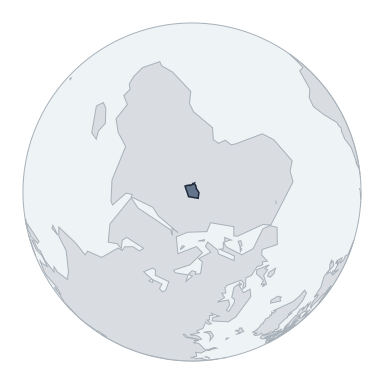 globe centered on Ennedi, rotated 162°
{"feature_id": "TCD-5579", "entity_name": "Ennedi", "entity_type": "Préfecture", "adm_level": 1, "iso_a3": "TCD", "parent_name": "Chad", "parent_adm1": "", "projection": "orthographic", "projection_center": [22.297, 18.351], "detail": "fine", "context": "on_globe", "style": "filled", "palette": "slate", "viewbox_px": 384, "rotation_deg": 162, "n_neighbors": 0, "source": "natural_earth", "source_scale": "10m", "svg_char_len": 9821}
<svg xmlns="http://www.w3.org/2000/svg" viewBox="0 0 384 384"><g transform="rotate(162 192 192)"><circle cx="192" cy="192" r="169" fill="#eef3f6" stroke="#a8b0b8"/><path d="M166.8,24.9L164.1,25.4L143.1,30.5L145.2,30.1L138.6,32.4L138.5,33.0L134.6,34.3L138.0,33.7L141.6,32.5L144.2,32.0L144.5,32.3L139.6,33.8L138.7,33.9L137.5,34.6L134.9,35.2L136.3,35.1L130.3,37.2L136.7,35.8L132.2,38.1L128.1,39.4L128.1,38.3L118.5,40.3L114.3,42.2L108.5,45.3L98.6,52.7L94.2,55.5L88.5,60.0L91.1,58.6L96.5,54.7L99.9,53.7L106.0,49.7L108.3,48.9L114.8,45.5L114.3,47.2L110.3,50.8L104.9,53.8L103.0,55.7L108.5,54.1L98.8,61.6L93.1,70.1L90.6,72.2L84.9,73.3L83.9,69.5L76.6,72.9L81.8,72.1L75.3,78.3L74.4,80.1L75.1,80.9L77.7,79.2L75.6,81.9L69.6,83.1L71.5,80.7L73.3,80.2L72.8,78.7L68.8,80.5L65.8,83.9L62.8,84.4L60.7,87.0L58.8,88.9L62.5,84.5L55.9,92.7L52.8,96.3L60.3,86.2L68.5,76.7L77.4,67.8L87.0,59.6L97.1,52.2L107.8,45.5L118.9,39.7L130.4,34.7L142.3,30.5L154.5,27.3L166.8,24.9ZM27.4,153.8L27.1,155.0L27.4,153.8ZM26.0,160.7L27.0,156.2L25.9,162.2L26.8,167.5L26.3,169.1L26.8,185.0L30.3,195.2L31.1,203.3L30.4,206.9L32.3,210.1L32.4,212.9L42.6,224.8L50.1,235.7L51.4,245.4L48.1,253.4L52.1,274.1L48.0,276.0L51.7,284.0L56.7,293.1L56.1,292.4L49.0,281.9L42.7,271.0L37.2,259.6L32.5,247.9L28.8,235.8L26.0,223.5L24.1,211.0L23.2,198.4L23.2,185.8L24.1,173.2L26.0,160.7ZM35.1,129.4L34.5,130.8L34.6,130.5L35.1,129.4ZM114.6,44.9L114.7,45.2L113.5,45.7L114.6,44.9ZM117.4,43.3L115.9,43.6L117.0,42.9L117.9,42.7L117.4,43.3ZM119.0,43.1L119.1,41.7L121.0,40.5L126.0,39.0L119.0,43.1ZM142.6,32.0L138.8,33.3L141.6,31.9L142.6,32.0ZM143.7,31.3L148.7,28.8L154.5,27.5L151.7,28.4L158.9,26.7L159.2,27.1L155.3,28.2L151.5,28.9L154.6,28.6L143.7,31.3ZM211.8,24.2L212.2,24.3L210.4,24.1L211.8,24.2ZM145.5,31.7L146.0,31.1L151.0,29.8L150.9,30.7L149.3,30.8L145.5,31.7ZM160.6,26.1L164.3,25.5L165.6,25.7L167.2,25.5L159.7,27.0L160.6,26.1ZM148.4,31.3L150.8,31.2L148.7,32.2L145.4,32.1L148.4,31.3ZM152.4,29.2L154.7,28.7L153.4,29.2L152.4,29.2ZM142.7,36.4L143.2,35.5L145.8,34.7L142.7,36.4ZM151.8,31.1L152.5,30.8L153.6,30.4L154.7,30.6L151.8,31.1ZM161.2,27.2L160.9,27.5L164.3,26.5L165.4,26.9L160.2,27.9L162.9,27.6L163.3,27.8L158.6,28.5L161.2,27.2ZM159.2,29.9L152.9,31.8L151.4,33.5L149.0,34.2L151.9,31.4L159.2,29.9ZM159.3,29.0L158.7,29.7L156.0,30.0L154.7,29.8L159.3,29.0ZM168.0,26.8L167.7,26.0L168.8,25.8L168.0,26.8ZM159.3,30.3L160.8,29.8L159.5,30.4L159.3,30.3ZM165.9,27.7L165.7,27.4L167.0,27.2L165.9,27.7ZM164.0,29.4L162.0,29.9L161.1,29.7L164.0,29.4ZM165.3,28.5L167.2,28.4L162.0,29.3L165.0,28.4L165.3,28.5ZM167.2,27.6L167.9,27.4L167.2,27.8L167.2,27.6ZM168.7,30.1L162.3,31.3L160.3,30.8L166.7,29.6L168.7,30.1ZM263.9,39.1L267.3,40.8L281.9,49.2L279.7,47.6L292.2,56.0L303.9,65.4L314.7,75.9L317.3,78.7L318.2,79.7L322.7,85.0L321.8,84.0L318.9,80.6L322.0,85.0L317.9,80.4L322.3,86.5L325.2,89.6L324.1,87.1L329.6,95.0L333.7,100.2L338.9,108.5L347.5,126.8L349.3,134.8L350.3,137.9L348.6,135.9L350.0,143.4L356.1,157.4L357.2,162.4L357.8,174.6L357.1,171.0L352.6,165.8L354.4,178.1L357.9,185.1L359.2,195.8L357.7,194.3L356.1,185.1L354.5,183.0L353.0,172.4L348.0,158.6L346.3,163.6L344.7,157.5L337.6,147.4L334.1,154.4L329.8,175.2L332.3,191.2L329.5,199.8L318.6,179.8L313.1,165.2L309.6,168.0L298.1,157.7L279.5,161.6L276.5,158.0L273.1,160.7L264.9,158.1L260.2,152.1L255.4,153.4L268.0,169.0L273.1,167.8L276.8,160.2L279.4,166.1L287.2,170.2L279.8,187.1L251.6,205.3L248.3,193.5L223.9,162.4L224.3,158.6L224.1,158.2L223.8,157.5L222.2,163.7L217.8,157.6L231.4,179.7L233.9,189.5L251.2,206.1L249.7,208.2L255.1,211.3L271.6,204.2L271.9,208.2L264.4,228.1L241.0,255.8L243.8,271.6L241.6,285.1L226.4,295.2L227.1,304.8L219.2,308.8L218.3,314.1L211.5,320.0L200.5,325.6L182.4,325.9L181.8,321.3L173.4,312.0L162.1,288.1L167.1,276.9L165.7,267.8L152.6,246.8L155.5,235.3L151.8,230.1L144.4,231.0L140.2,224.8L135.6,224.3L107.1,225.6L98.2,216.6L87.1,190.7L92.2,181.8L92.8,170.4L127.2,136.3L134.8,139.2L162.3,135.9L165.8,137.4L162.9,146.1L183.8,157.0L190.1,149.7L208.7,155.1L220.8,154.2L224.5,137.7L204.6,138.7L200.8,131.0L216.4,123.4L233.7,123.3L232.8,120.3L221.5,114.4L225.2,108.8L217.6,112.0L220.9,114.8L216.3,117.1L212.9,114.8L214.4,112.7L209.1,111.7L203.7,122.5L206.4,126.5L192.7,129.0L196.1,136.1L192.5,139.6L185.5,128.9L185.9,124.9L173.2,113.8L171.5,118.1L183.4,129.1L179.8,128.3L177.6,135.0L176.5,129.2L164.0,116.9L151.4,119.2L135.9,135.1L128.5,136.0L122.0,132.2L127.1,115.7L143.2,115.6L145.2,110.5L141.6,102.9L146.7,103.8L147.2,100.9L153.3,100.8L161.3,94.2L167.4,93.7L170.2,85.4L173.7,84.2L171.0,89.3L172.4,92.9L187.5,92.5L190.3,90.7L190.9,85.5L194.9,86.4L193.6,81.5L202.0,79.5L190.6,78.1L191.0,72.9L195.8,68.9L193.9,67.1L186.0,73.7L184.7,76.7L186.8,79.5L181.5,88.4L176.4,89.9L174.2,80.3L166.8,81.7L168.4,74.3L188.8,59.8L197.6,57.3L212.8,63.2L211.0,66.3L204.7,65.5L210.9,70.7L210.2,68.1L213.6,69.1L214.8,64.9L217.3,65.5L214.3,60.8L217.4,61.1L219.3,64.0L223.8,58.8L230.2,58.6L230.0,57.2L228.0,55.8L237.5,56.9L237.0,55.9L233.7,55.1L230.4,52.7L228.4,49.1L231.8,49.6L233.0,51.0L240.6,55.1L243.2,59.2L244.4,59.1L242.9,55.7L233.7,50.7L231.5,48.4L236.2,50.3L234.3,49.4L234.3,48.5L237.5,48.2L232.4,46.0L227.7,36.9L233.3,36.1L238.0,38.4L238.2,34.4L244.6,34.9L241.5,34.0L239.6,32.1L237.5,31.9L235.9,31.4L230.0,27.8L231.2,27.8L225.2,26.3L223.6,26.0L222.3,25.8L218.7,25.2L230.3,27.4L241.8,30.5L253.0,34.4L263.9,39.1ZM115.8,154.6L115.0,157.9L115.0,158.0L115.8,154.6ZM252.6,131.8L262.6,131.1L257.1,121.7L260.5,120.8L257.3,118.1L256.6,121.0L248.9,113.6L252.8,110.3L251.1,106.3L247.6,106.4L241.7,113.9L252.7,124.2L250.9,128.6L252.6,131.8ZM26.9,167.5L26.8,170.0L26.5,169.2L26.9,167.5ZM31.8,141.6L31.6,143.7L31.3,143.0L31.8,141.6ZM32.7,135.8L32.5,136.6L33.9,132.6L31.9,140.3L31.3,140.2L32.5,136.3L32.7,135.8ZM43.3,111.8L42.9,112.5L42.9,112.4L43.3,111.8ZM75.7,78.2L76.1,78.2L76.1,79.4L75.0,79.8L75.7,78.2ZM83.4,80.3L79.8,84.6L81.5,81.6L79.2,82.7L79.9,78.2L89.4,73.0L84.9,76.0L83.4,80.3ZM83.5,71.3L82.0,74.4L83.3,71.3L83.5,71.3ZM143.9,86.8L146.1,88.6L143.9,91.7L136.2,93.7L139.2,89.1L143.9,86.8ZM149.6,90.6L149.6,81.3L154.4,80.1L151.7,82.2L154.9,82.4L151.4,86.0L156.0,94.5L154.4,98.0L141.1,98.9L146.3,96.5L143.9,94.7L149.6,90.6ZM141.2,63.9L141.3,61.0L151.6,62.0L150.3,64.6L142.6,66.4L139.5,64.4L141.2,63.9ZM127.7,41.2L127.1,40.9L128.5,40.4L130.1,40.2L127.7,41.2ZM142.7,36.1L132.0,42.3L130.7,42.2L126.0,46.7L120.7,48.1L124.0,45.1L116.4,49.9L117.3,47.7L112.5,51.2L120.3,44.2L120.8,42.9L122.2,43.7L127.0,42.3L129.2,41.3L135.8,37.6L139.1,34.5L144.4,33.1L147.2,32.9L147.2,33.4L143.8,34.1L146.3,34.3L141.3,35.7L142.7,36.1ZM177.4,37.8L173.4,37.3L177.5,40.1L172.6,40.7L173.4,41.0L169.9,42.4L167.2,44.8L164.9,44.8L164.8,45.8L162.5,47.0L161.6,48.4L157.2,49.0L155.7,50.9L154.4,50.2L153.1,53.3L152.1,51.4L149.1,53.0L151.6,54.0L130.0,56.5L121.7,59.8L115.2,63.9L114.4,60.6L119.9,54.9L128.4,49.1L136.5,46.7L134.6,45.9L138.0,44.6L138.1,45.7L140.0,43.2L142.7,42.6L150.3,38.8L151.3,36.2L154.1,35.0L155.1,35.7L157.2,34.0L160.9,34.7L163.0,34.0L168.8,34.1L169.5,36.4L171.8,35.4L176.2,35.8L177.4,37.8ZM170.2,30.2L172.2,32.2L170.4,33.7L161.1,32.8L158.7,33.4L152.6,33.4L155.3,31.5L156.8,31.6L158.8,31.3L157.2,32.0L160.1,31.2L162.2,31.5L165.0,31.0L164.9,31.7L170.2,30.2ZM169.5,134.2L172.2,134.6L176.3,134.3L175.0,138.7L169.5,134.2ZM160.8,125.9L163.2,125.3L163.4,130.9L160.6,130.7L160.8,125.9ZM164.4,120.5L163.3,124.9L162.3,122.4L164.4,120.5ZM173.2,88.7L175.8,88.1L176.1,89.3L174.7,91.1L173.2,88.7ZM188.5,48.0L186.5,47.0L187.2,46.5L185.8,43.6L189.3,43.2L191.6,44.8L188.5,48.0ZM221.2,140.7L217.8,144.0L215.9,142.6L217.5,141.8L221.2,140.7ZM195.4,141.6L201.3,143.5L194.9,142.8L195.4,141.6ZM192.1,47.0L191.1,45.8L193.5,46.4L192.1,47.0ZM191.8,42.8L194.6,43.2L189.6,42.8L191.8,42.8ZM273.2,336.5L273.2,337.4L271.1,338.1L273.2,336.5ZM269.0,279.4L256.3,303.4L248.7,304.5L248.0,298.3L253.2,284.1L262.2,278.9L266.8,271.8L269.0,279.4ZM359.2,216.4L359.0,217.4L358.5,217.5L359.1,214.2L359.8,211.8L359.2,216.4ZM359.0,214.3L357.7,209.9L352.8,192.2L354.7,190.9L359.1,199.5L358.9,202.2L359.7,206.3L359.0,214.3ZM360.7,202.0L360.7,193.9L360.7,188.8L360.8,187.9L360.5,179.8L360.7,202.0ZM333.0,192.5L336.4,200.8L334.6,203.3L333.0,192.5ZM352.0,142.4L351.9,144.3L351.1,142.0L350.6,138.3L352.0,142.4ZM346.1,122.7L345.4,121.3L343.5,117.2L346.1,122.7ZM220.9,45.1L219.0,49.2L220.0,52.7L224.2,55.0L217.4,53.8L215.9,48.5L220.9,45.1ZM226.5,37.7L222.7,36.1L224.8,36.0L226.0,36.3L226.5,37.7ZM223.9,37.3L218.4,37.1L216.7,35.8L221.3,36.2L223.9,37.3ZM205.3,41.2L204.5,42.4L202.6,41.8L205.3,41.2ZM213.9,24.5L212.3,24.3L213.0,24.4L213.9,24.5ZM234.9,31.3L232.8,30.6L233.7,30.5L234.9,31.3ZM227.5,28.8L227.9,29.4L226.1,28.5L227.5,28.8ZM229.1,30.9L227.4,29.5L231.1,31.3L229.1,30.9Z" fill="#d9dde1" stroke="#a8b0b8" stroke-width="1"/><path d="M188.1,184.1L188.5,184.3L188.8,184.5L189.2,184.7L189.5,184.8L189.8,185.0L190.2,185.2L190.5,185.4L190.9,185.6L191.2,185.7L191.5,185.9L191.9,186.1L192.2,186.3L192.6,186.5L192.9,186.6L193.2,186.8L193.6,187.0L193.9,187.2L194.3,187.4L194.6,187.5L195.0,187.7L195.3,187.9L195.6,188.1L196.0,188.2L196.3,188.4L196.7,188.6L196.7,189.3L196.7,190.0L196.7,190.7L196.7,191.3L196.7,192.0L196.7,192.7L196.7,193.4L196.7,194.1L196.7,194.8L196.8,195.5L196.8,196.1L196.8,196.8L196.8,197.5L196.8,198.2L196.8,198.9L196.8,199.6L196.8,199.8L196.7,199.8L196.3,199.7L196.0,199.7L195.7,199.7L195.1,199.8L194.9,199.9L194.5,199.8L194.3,199.8L194.2,199.6L193.9,199.5L193.7,199.5L193.4,199.5L193.4,199.4L193.2,199.4L192.9,199.5L192.7,199.5L192.7,199.4L192.5,199.2L192.4,199.2L192.2,199.1L191.9,199.1L191.7,198.9L191.6,199.0L191.4,199.0L191.2,199.0L190.9,199.1L190.7,199.0L190.5,198.9L190.4,198.9L190.3,199.0L190.1,199.0L189.4,199.1L189.2,199.3L189.2,199.2L188.8,199.1L188.6,199.0L188.4,199.1L188.2,199.2L188.1,199.3L187.8,199.5L187.4,199.7L187.2,199.8L186.9,199.8L187.3,199.4L187.0,198.7L186.4,196.7L186.7,195.4L186.7,194.1L186.7,193.1L186.0,191.0L185.6,189.2L188.1,184.1Z" fill="#64748b" stroke="#1e293b" stroke-width="1.5"/></g></svg>